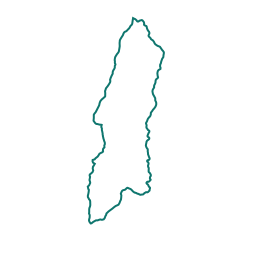 Khipisa, Daga, Bhutan (Equal Earth projection), rotated 208°
{"feature_id": "84629894B72063035508805", "entity_name": "Khipisa", "entity_type": "district", "adm_level": 2, "iso_a3": "BTN", "parent_name": "Bhutan", "parent_adm1": "Daga", "projection": "equal_earth", "projection_center": [89.941, 27.038], "detail": "fine", "context": "isolated", "style": "outline", "palette": "teal", "viewbox_px": 256, "rotation_deg": 208, "n_neighbors": 0, "source": "geoboundaries", "source_scale": "gbopen_adm2", "svg_char_len": 5875}
<svg xmlns="http://www.w3.org/2000/svg" viewBox="0 0 256 256"><g transform="rotate(208 128 128)"><path d="M164.4,124.8L164.4,123.6L163.7,122.3L162.9,120.8L162.4,119.6L161.8,118.2L160.6,117.6L159.2,116.9L157.9,116.7L157.0,117.1L154.5,117.7L153.2,118.3L152.7,118.4L152.1,116.4L150.8,115.3L150.1,113.9L149.0,112.7L147.8,111.2L147.2,110.1L146.5,109.4L146.2,108.8L145.4,108.0L144.8,107.2L144.0,106.5L143.1,105.5L141.7,104.3L140.9,103.0L140.7,101.4L139.7,99.8L140.2,98.2L139.8,96.7L139.1,95.8L139.1,94.8L140.2,93.3L141.1,91.9L141.2,89.8L141.4,88.4L142.5,86.0L142.7,84.7L144.2,83.2L143.7,82.0L142.6,81.0L140.5,80.8L140.6,78.6L140.7,77.2L140.1,75.6L138.8,74.2L138.6,72.4L139.0,71.2L139.9,69.0L139.5,67.9L138.6,67.1L138.2,66.0L137.6,64.0L136.1,62.5L135.6,61.8L135.4,59.1L136.0,57.4L134.4,55.5L133.5,55.0L132.8,53.3L132.2,51.5L131.6,49.2L130.9,48.1L129.7,47.4L128.8,46.7L127.6,46.3L126.9,45.4L125.1,42.2L124.7,40.9L124.5,39.1L124.0,37.8L122.8,35.6L122.2,34.1L121.3,33.5L120.6,32.6L119.7,30.6L119.5,29.3L119.1,28.2L118.2,27.2L116.2,26.2L115.5,26.7L114.6,28.8L113.0,31.3L112.1,31.9L111.4,32.2L110.6,33.2L109.6,34.2L107.9,34.7L106.6,35.9L106.3,37.4L106.6,39.7L106.5,41.0L106.9,42.4L106.0,45.2L105.0,47.3L103.9,49.6L103.2,51.4L102.3,53.3L101.2,54.7L100.4,55.8L100.3,57.7L100.6,60.0L100.6,61.4L101.3,63.3L102.3,65.5L103.5,66.6L103.7,68.4L103.7,69.5L103.6,69.9L103.5,70.2L103.1,70.8L102.5,71.3L101.6,72.2L101.4,72.6L101.0,74.0L100.8,74.4L100.6,74.8L100.3,75.0L99.4,75.1L98.6,75.1L97.3,75.3L96.9,75.3L96.5,75.2L95.3,74.9L94.8,74.7L94.1,74.4L93.4,74.3L93.0,74.2L92.3,74.1L91.7,74.1L91.4,74.3L90.9,74.3L90.1,74.5L89.1,74.4L88.8,74.4L88.4,74.6L88.0,74.7L87.1,74.7L86.7,74.8L86.4,74.7L86.1,74.8L85.6,74.9L84.6,75.7L83.7,76.3L83.4,76.6L83.2,77.1L83.1,77.7L83.0,78.0L82.8,78.5L82.5,78.8L82.1,79.6L81.9,79.8L81.6,80.0L81.1,80.1L80.7,80.3L80.4,80.7L80.2,81.0L79.9,82.0L79.8,82.5L79.6,82.9L79.9,83.6L80.1,84.2L80.3,85.2L80.7,85.7L81.2,85.8L81.7,85.9L82.0,86.1L82.7,86.5L83.3,87.1L84.5,87.6L85.1,87.6L85.4,87.8L85.8,88.0L86.0,88.4L85.9,89.0L85.8,89.4L85.6,89.7L84.8,90.0L84.4,90.5L84.2,90.8L84.0,91.5L83.9,91.9L83.8,92.5L83.7,92.9L84.0,93.2L84.5,93.3L84.8,93.5L85.1,94.0L85.4,94.7L85.5,95.2L85.5,95.6L85.4,96.5L85.6,96.9L86.0,97.5L86.6,97.9L87.8,98.6L88.2,98.7L88.7,98.8L89.0,98.9L89.3,99.2L89.7,99.9L90.3,101.2L90.8,102.2L91.2,102.7L91.8,103.0L92.3,103.6L92.6,104.0L92.7,104.5L93.0,105.9L93.1,106.2L93.3,106.5L93.6,106.8L93.9,107.1L94.3,107.3L94.6,107.3L95.2,107.4L95.6,107.8L95.7,108.2L95.6,108.7L95.4,108.9L94.6,109.6L94.4,110.3L94.4,110.7L94.6,111.1L94.7,111.4L95.0,111.7L95.5,112.0L96.1,112.5L97.0,113.4L97.8,114.0L98.0,114.3L98.5,115.1L99.1,116.0L99.6,116.6L99.8,116.9L100.1,117.7L100.5,118.3L100.7,118.6L101.3,118.8L101.7,119.0L102.5,119.5L102.9,119.8L103.5,120.4L103.8,120.7L104.1,121.1L104.2,121.5L104.3,121.8L104.5,122.3L104.7,123.1L105.2,124.6L105.2,125.0L105.2,125.5L105.1,125.9L105.0,126.2L104.3,127.7L104.2,128.1L104.2,128.5L104.5,129.1L104.7,129.3L105.2,129.5L106.0,129.5L106.7,129.7L107.1,130.2L107.3,131.5L107.4,132.5L107.5,133.1L107.4,133.6L107.4,134.6L107.5,134.9L107.8,135.4L108.2,135.6L108.5,135.6L109.3,135.7L109.6,135.7L110.0,136.0L110.7,136.4L111.8,136.9L112.0,137.2L112.2,137.5L112.4,137.9L112.5,138.3L112.8,139.0L113.1,139.4L113.4,139.7L114.1,140.3L114.4,140.8L114.4,141.2L114.4,142.1L114.4,142.7L114.4,143.1L114.7,144.9L114.7,145.7L114.6,146.2L114.5,146.8L114.4,147.4L114.2,148.0L114.0,148.4L114.0,148.8L114.0,149.3L114.1,149.9L114.2,150.6L114.9,152.0L114.9,152.4L114.9,152.8L114.7,153.8L114.6,154.4L114.5,155.8L114.4,156.3L114.0,157.7L114.0,158.1L113.9,158.9L113.8,159.5L113.8,160.1L113.9,160.8L114.0,161.7L114.2,162.2L114.6,163.0L114.9,163.5L115.3,163.9L115.7,164.3L116.3,164.7L116.7,165.0L117.0,165.3L117.4,166.1L117.8,166.8L118.0,167.1L119.9,168.4L120.9,169.0L121.9,169.7L122.9,170.9L123.2,171.3L123.6,171.8L123.9,172.6L124.1,173.4L124.1,174.1L124.0,175.5L124.0,176.1L124.2,176.6L124.6,177.0L124.9,178.2L124.9,179.7L125.1,181.1L125.3,181.4L126.0,183.2L125.9,184.5L125.3,185.7L125.2,186.4L125.3,187.0L126.1,187.7L127.0,189.0L127.7,190.0L128.1,191.1L128.4,192.4L128.2,193.6L127.1,195.3L127.5,196.4L128.5,197.3L129.3,198.9L129.4,200.8L129.8,202.0L130.1,203.8L130.3,205.2L130.1,207.2L130.9,209.1L131.3,210.5L131.9,211.7L133.3,212.5L134.5,212.9L136.0,213.7L137.9,214.7L139.3,214.6L140.6,214.4L141.8,214.6L143.0,214.7L144.2,215.2L145.1,216.0L146.8,216.9L147.6,217.1L148.5,217.1L149.5,217.3L150.1,217.8L151.1,218.2L152.1,218.4L153.0,218.9L153.3,219.4L153.5,221.5L154.0,222.3L154.7,222.9L155.4,223.1L156.0,223.5L156.7,223.8L157.9,224.8L158.4,225.3L158.8,225.9L159.4,226.5L159.7,226.6L160.7,226.5L161.7,226.5L162.1,226.6L162.5,227.0L162.7,227.7L163.3,228.5L164.0,229.1L165.8,229.8L166.2,229.8L166.6,229.7L167.1,229.2L168.0,228.4L168.4,227.8L168.7,227.1L169.1,226.7L169.7,226.5L170.4,226.7L171.0,227.1L171.9,227.3L172.6,227.5L174.3,227.4L175.1,227.4L174.4,225.3L174.0,224.2L173.2,222.0L173.2,220.8L173.5,220.0L173.7,219.2L173.7,218.4L173.7,217.4L173.8,216.6L174.0,215.8L174.3,215.0L174.6,213.7L174.8,213.1L175.0,212.6L175.9,211.5L176.1,211.1L176.3,210.4L176.3,209.0L176.1,208.0L176.1,207.1L176.3,204.9L176.4,203.1L176.4,202.0L176.2,201.1L175.7,200.1L175.4,199.2L173.7,196.3L173.2,194.9L172.0,191.2L172.0,190.4L172.1,189.5L172.4,188.1L172.5,186.7L172.6,184.9L172.5,184.2L172.2,183.2L171.8,182.1L171.6,181.6L171.0,181.0L170.2,179.4L169.8,178.9L169.1,178.5L168.9,178.2L168.8,177.6L168.8,176.7L168.6,176.2L168.1,175.3L167.9,174.4L167.9,173.4L168.0,172.5L168.0,171.5L167.9,170.7L167.4,169.4L167.1,169.0L167.0,168.6L167.0,168.1L167.0,166.5L166.9,165.4L166.8,164.0L166.4,162.0L165.7,161.3L165.3,160.1L165.3,158.7L165.4,157.1L165.6,155.3L166.1,152.6L165.8,151.4L165.6,149.8L164.4,148.0L163.2,145.6L163.0,145.1L163.3,144.2L163.8,142.8L164.6,140.8L165.0,138.8L164.9,137.7L164.7,136.5L164.1,134.5L164.0,128.8L164.0,126.7L164.4,124.8Z" fill="none" stroke="#0f766e" stroke-width="2"/></g></svg>